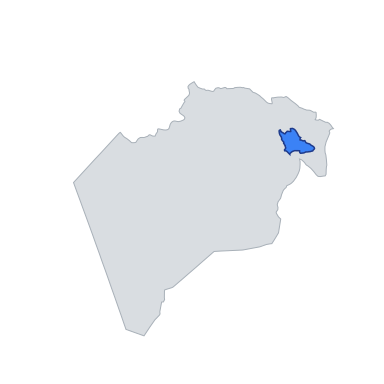 Chad, with Tandjilé highlighted, rotated 224°
{"feature_id": "TCD-1487", "entity_name": "Tandjilé", "entity_type": "Prefecture", "adm_level": 1, "iso_a3": "TCD", "parent_name": "Chad", "parent_adm1": "", "projection": "albers", "projection_center": [16.631, 9.621], "detail": "fine", "context": "in_parent", "style": "filled", "palette": "blue", "viewbox_px": 384, "rotation_deg": 224, "n_neighbors": 0, "source": "natural_earth", "source_scale": "10m", "svg_char_len": 6096}
<svg xmlns="http://www.w3.org/2000/svg" viewBox="0 0 384 384"><g transform="rotate(224 192 192)"><path d="M283.8,116.5L284.0,124.5L284.2,132.6L284.4,140.6L284.6,148.7L284.7,156.8L284.9,164.8L285.1,172.9L285.3,181.0L285.3,183.7L285.1,184.8L285.1,185.0L284.7,185.1L280.5,184.5L278.6,184.5L276.1,185.1L272.3,185.5L269.8,185.5L268.2,186.9L266.9,188.6L267.6,192.6L267.4,193.9L267.0,195.3L265.8,196.6L264.7,197.5L264.0,198.4L263.2,200.2L262.6,201.1L262.6,202.2L262.5,203.4L261.8,204.1L260.0,204.6L258.9,205.1L258.0,206.0L257.4,206.6L257.7,207.5L258.2,208.6L258.5,210.4L258.7,211.5L259.5,212.3L260.1,212.9L260.3,213.7L259.8,214.3L257.6,215.7L256.8,216.2L255.8,216.8L255.4,217.1L253.9,218.4L253.1,219.5L252.7,220.4L252.7,221.7L253.6,223.6L254.5,225.2L254.9,226.4L255.1,227.7L255.0,228.9L254.6,230.1L253.8,231.1L250.8,233.0L249.4,235.0L248.3,237.5L248.0,238.9L248.3,239.8L248.9,240.6L249.8,240.9L251.1,241.0L253.3,240.6L255.3,240.3L257.4,241.1L258.6,243.2L258.2,244.7L259.0,247.5L259.8,250.8L259.8,251.9L260.1,252.3L261.4,252.5L261.7,253.3L261.4,259.2L262.0,260.8L263.0,261.9L264.0,262.5L265.0,263.3L265.5,263.8L266.7,263.9L268.1,265.0L268.4,266.4L268.4,267.8L267.7,270.8L267.1,272.8L266.3,272.6L264.7,272.2L262.8,271.8L260.5,271.5L258.3,272.3L255.9,273.4L255.1,274.2L254.5,274.7L253.4,274.6L252.4,274.8L251.9,275.5L251.1,276.4L247.6,278.2L246.9,278.8L246.5,279.4L246.5,280.1L246.8,281.5L246.9,283.2L246.1,284.6L245.2,285.6L244.2,286.0L243.3,286.2L242.8,286.8L241.0,290.0L240.2,290.6L238.7,290.5L234.1,295.3L233.7,296.8L232.0,298.8L229.9,301.0L228.1,302.1L227.9,302.5L227.4,303.0L226.2,303.4L222.2,306.2L217.4,306.1L215.2,307.2L213.1,307.7L210.1,308.3L209.2,308.2L205.2,308.5L200.6,308.4L198.9,308.8L197.2,309.9L196.0,310.8L195.8,311.1L196.0,311.4L196.0,311.7L199.2,313.9L200.0,315.0L199.2,316.1L198.8,316.2L198.8,316.3L198.3,317.1L196.4,319.6L193.5,322.6L192.1,323.4L191.5,324.0L190.7,326.0L190.2,326.2L188.3,326.5L184.3,326.7L178.9,327.4L175.7,327.6L173.7,327.4L170.8,328.8L169.8,329.1L169.2,329.3L166.4,330.6L164.1,332.6L163.2,333.0L159.9,333.9L158.6,335.3L158.0,335.4L155.9,333.5L154.5,331.9L153.8,330.2L153.7,329.6L153.3,329.7L152.1,330.5L151.1,331.3L150.7,332.9L147.2,334.0L144.3,335.0L143.0,336.2L141.0,336.7L138.4,336.5L136.3,336.0L134.3,335.8L135.3,334.4L135.7,333.3L135.8,331.9L135.6,331.0L134.4,330.6L133.7,329.8L132.0,325.6L130.3,321.2L127.8,316.9L125.2,314.2L123.2,312.5L122.6,312.3L121.6,311.7L120.9,311.2L117.4,308.3L113.7,305.0L112.8,303.5L111.0,301.3L108.9,299.0L107.9,297.9L107.4,296.1L108.8,294.4L110.4,292.2L112.2,290.8L114.6,290.7L118.6,291.3L122.9,291.6L127.1,291.2L128.2,290.9L129.3,290.9L131.6,291.4L135.6,291.3L137.6,290.4L135.4,289.0L133.1,286.6L130.9,284.0L129.5,281.7L128.3,278.7L127.2,275.0L126.5,270.2L126.6,267.5L127.0,265.5L128.2,262.4L127.4,260.5L127.6,259.0L127.5,256.8L127.1,255.7L125.6,252.0L125.3,251.6L123.9,249.0L123.3,244.8L121.8,242.0L119.4,240.6L118.0,238.9L117.5,236.0L116.5,235.3L112.6,234.2L109.4,234.2L107.1,230.9L104.1,226.6L101.4,222.7L99.6,214.8L98.7,210.3L99.8,209.0L102.1,205.8L105.1,199.7L111.8,190.3L115.2,185.5L121.9,178.4L130.2,169.6L134.8,164.6L135.6,155.5L136.4,146.0L137.0,138.8L137.8,130.2L138.4,123.1L138.9,117.9L139.6,110.5L140.1,109.1L143.3,103.3L143.6,102.6L143.0,101.6L138.4,96.7L137.0,95.6L136.2,93.1L137.4,91.7L131.9,83.4L130.6,82.4L130.0,81.4L129.9,80.0L129.9,74.3L128.5,65.5L126.6,55.2L133.0,52.3L137.9,50.1L144.0,47.3L149.8,50.2L158.0,54.4L166.4,58.6L174.7,62.8L183.0,66.9L191.3,71.1L199.7,75.3L208.1,79.4L216.4,83.6L224.8,87.7L233.2,91.9L241.6,96.0L250.0,100.1L258.5,104.2L266.9,108.3L275.4,112.4L283.8,116.5Z" fill="#d9dde1" stroke="#a8b0b8" stroke-width="1"/><path d="M151.7,306.6L151.7,306.4L151.7,306.1L151.4,305.6L150.7,304.8L150.5,304.5L150.3,304.5L150.1,304.6L149.6,305.2L149.4,305.3L149.1,305.4L148.7,305.5L148.3,305.6L147.7,305.9L147.5,306.0L147.4,306.2L147.2,306.4L147.0,306.8L146.8,307.1L146.6,307.2L146.5,307.3L146.4,307.3L144.6,306.7L144.4,306.7L144.2,306.7L143.9,306.8L143.4,306.9L140.7,308.3L140.1,308.4L139.4,308.3L136.5,309.0L136.1,309.0L135.6,309.0L135.3,309.0L135.1,308.9L134.6,308.7L134.4,308.6L134.1,308.4L133.9,307.9L133.9,307.6L133.9,306.7L133.9,306.2L133.8,305.7L133.7,305.5L133.7,305.4L133.8,305.3L134.1,304.7L134.3,304.6L134.4,304.4L134.8,303.6L135.1,303.1L135.2,302.9L135.4,302.8L135.5,302.6L135.8,302.4L136.1,302.0L136.2,301.7L136.6,301.2L137.9,299.9L138.0,299.8L138.0,299.7L138.5,298.3L138.6,298.1L138.7,297.8L140.8,295.3L141.0,295.2L141.2,295.3L141.8,295.3L142.3,295.5L143.2,296.3L143.3,296.4L146.7,293.2L146.9,293.0L147.7,291.4L148.1,290.2L148.2,289.3L148.2,288.9L148.3,287.9L148.3,287.7L148.2,287.6L148.0,287.2L147.8,287.0L151.8,287.1L152.9,286.9L154.0,286.0L154.3,286.2L154.3,286.3L154.6,286.6L154.8,286.7L154.8,286.8L154.8,287.4L154.8,287.8L154.8,288.0L155.0,288.2L155.1,288.3L155.2,288.7L155.2,288.8L155.3,288.9L155.5,289.0L156.7,289.6L156.8,289.7L156.9,289.8L157.0,290.0L157.3,290.2L157.7,290.1L158.2,290.2L158.3,290.3L158.7,290.5L158.8,290.5L159.2,290.6L159.7,290.6L159.8,290.6L159.9,290.8L160.0,291.0L160.3,291.1L160.5,291.5L160.9,291.7L161.8,291.7L162.4,291.7L163.0,291.8L163.4,291.9L163.6,292.0L164.0,292.1L164.3,292.2L164.6,292.7L164.6,292.8L164.8,293.0L165.5,293.3L165.8,293.5L166.0,293.7L166.5,293.7L167.0,293.8L167.4,294.0L167.5,294.0L167.8,294.0L168.0,294.0L169.6,294.7L171.3,296.0L171.7,296.4L171.9,296.7L172.0,296.9L172.0,297.1L171.6,298.0L171.3,297.9L171.2,297.8L170.9,297.7L170.7,297.7L170.4,297.5L170.3,297.3L170.2,297.2L169.9,297.1L169.6,297.2L169.1,297.4L169.1,297.5L168.8,297.5L168.5,297.5L168.4,297.5L168.1,297.6L167.9,297.7L167.4,297.9L166.5,297.9L166.3,297.9L166.1,298.0L165.7,298.3L165.6,298.5L165.4,298.7L165.4,298.8L165.5,298.9L165.6,299.0L165.7,299.4L165.8,299.5L165.8,299.8L165.6,300.3L165.6,300.6L165.6,300.9L165.7,301.4L165.7,301.6L165.7,301.8L165.5,302.0L163.2,303.8L163.0,304.1L163.1,304.3L163.3,304.4L165.0,305.7L165.2,305.9L165.2,306.0L163.8,307.6L161.9,308.2L160.9,308.2L160.4,308.2L157.4,307.5L156.8,307.3L155.9,307.0L155.6,306.9L154.9,306.6L154.1,306.4L153.6,306.3L153.1,306.3L152.0,306.5L151.7,306.6Z" fill="#3b82f6" stroke="#1e3a8a" stroke-width="1.5"/></g></svg>